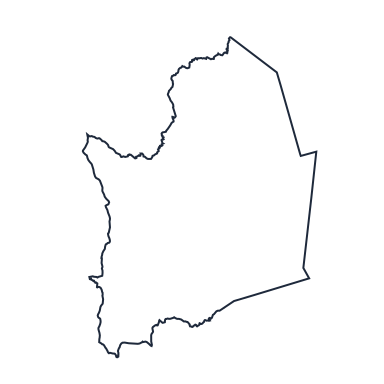 Machinga, Machinga, Malawi, rotated 344°
{"feature_id": "42251766B63150381936487", "entity_name": "Machinga", "entity_type": "district", "adm_level": 2, "iso_a3": "MWI", "parent_name": "Malawi", "parent_adm1": "Machinga", "projection": "robinson", "projection_center": [35.39, -14.905], "detail": "fine", "context": "isolated", "style": "outline", "palette": "slate", "viewbox_px": 384, "rotation_deg": 344, "n_neighbors": 0, "source": "geoboundaries", "source_scale": "gbopen_adm2", "svg_char_len": 5923}
<svg xmlns="http://www.w3.org/2000/svg" viewBox="0 0 384 384"><g transform="rotate(344 192 192)"><path d="M61.4,310.8L63.1,312.6L63.7,313.6L64.3,313.8L65.2,315.1L65.9,318.0L66.4,318.8L66.5,319.9L66.9,321.0L67.0,322.5L67.5,323.9L67.7,324.1L68.2,323.9L68.9,324.0L71.3,325.4L73.0,326.0L73.4,326.5L73.9,328.0L73.8,329.5L74.0,329.9L74.2,330.1L74.9,330.3L75.3,330.1L75.6,329.4L75.9,329.5L76.1,328.4L76.4,328.3L76.6,327.2L76.9,326.6L77.0,324.4L77.2,324.1L78.7,322.0L79.6,321.4L79.8,320.9L80.9,319.3L82.2,318.2L83.6,317.7L85.8,318.2L89.6,320.0L98.1,323.0L99.9,323.2L102.3,322.7L103.0,322.4L103.0,322.7L106.1,323.0L107.1,323.7L108.7,326.0L110.0,328.3L110.7,328.9L111.3,328.0L111.6,324.4L113.3,318.4L113.9,317.4L115.7,316.0L116.1,315.4L116.3,312.4L116.6,311.6L117.1,311.1L119.6,310.1L121.1,309.9L121.4,310.0L121.7,310.7L122.3,310.7L124.4,307.9L125.0,306.6L125.4,306.2L127.6,309.6L128.0,309.7L130.0,309.7L130.8,307.6L131.2,307.1L131.8,306.8L132.4,307.0L133.7,306.9L134.9,307.6L136.2,307.9L139.7,307.8L140.3,307.5L141.3,308.7L142.8,309.9L144.4,310.3L146.5,311.6L148.5,314.2L150.1,314.6L150.9,315.3L151.8,315.7L152.4,316.6L152.6,317.4L153.3,318.7L153.0,319.5L153.1,320.6L154.1,321.0L154.8,321.7L155.1,321.8L155.5,321.8L156.7,321.0L157.3,321.0L158.6,320.4L159.2,320.8L159.5,322.2L159.7,322.5L160.0,322.6L161.2,322.0L161.8,322.0L162.7,321.5L162.9,320.4L163.1,320.2L163.4,320.4L163.5,321.1L164.9,321.5L165.9,321.2L167.0,320.4L167.7,320.2L168.3,319.2L168.9,318.7L169.5,318.8L170.5,319.7L171.5,319.8L172.9,320.5L173.7,320.5L173.2,319.1L173.3,318.3L174.0,317.9L174.3,317.9L174.7,319.0L175.0,319.1L175.5,318.5L176.5,318.4L178.2,315.9L179.5,315.5L182.6,313.4L184.2,313.2L185.8,313.7L202.3,308.4L223.2,308.2L280.8,307.3L278.1,295.7L305.1,230.5L322.6,187.5L306.5,187.3L306.4,185.6L306.6,114.1L306.5,100.4L271.9,54.1L271.3,53.7L269.8,54.6L269.9,56.4L268.8,57.2L268.6,57.5L268.4,58.3L267.3,59.3L267.0,59.9L266.8,61.5L266.2,62.5L266.2,63.5L265.7,64.1L265.2,63.8L264.8,63.8L264.5,64.5L264.6,64.9L265.5,65.3L265.5,65.7L265.3,66.0L264.5,66.6L264.4,66.9L264.6,67.2L264.1,67.8L264.2,68.1L263.9,68.3L263.0,67.2L262.4,67.4L262.0,67.3L261.9,67.0L261.5,67.0L260.5,67.5L259.8,68.3L258.8,68.9L257.3,68.2L256.7,67.4L255.7,67.0L255.4,66.3L255.0,66.9L254.7,66.7L253.8,67.3L252.4,67.5L250.5,68.3L250.2,68.6L249.7,70.1L249.4,70.1L248.1,69.5L246.8,69.6L243.7,66.6L243.0,66.7L242.3,67.9L240.3,66.6L238.9,66.6L237.8,65.7L235.4,65.4L234.7,65.0L234.1,65.2L233.5,66.0L233.2,65.8L233.0,64.7L232.4,64.3L231.5,64.8L230.8,64.9L230.3,65.8L230.0,65.9L229.3,65.7L229.1,65.1L228.4,65.2L228.0,66.6L227.7,66.9L226.0,66.6L225.7,66.8L225.0,67.6L224.8,69.2L223.7,71.6L221.9,71.8L221.3,71.6L220.4,71.0L219.1,69.3L218.1,69.1L217.4,68.3L216.8,68.9L215.7,69.5L215.0,69.4L213.4,70.1L212.7,70.9L212.1,72.3L211.5,73.2L210.9,73.6L209.2,73.8L208.7,74.8L207.7,75.1L206.9,74.6L206.5,74.6L205.7,75.1L204.7,75.1L203.5,77.0L203.3,77.7L203.6,79.1L204.0,79.7L204.0,80.1L203.5,82.5L203.6,82.9L202.2,85.6L200.9,86.2L200.2,87.0L197.7,88.5L197.0,89.8L196.1,90.8L195.6,91.8L196.4,95.6L196.6,98.2L197.5,100.4L198.0,102.7L197.6,105.0L197.1,105.3L197.1,105.7L197.3,114.6L196.6,115.3L195.7,115.8L194.2,114.4L193.9,114.3L193.7,115.3L194.0,117.9L193.7,119.2L192.3,119.6L191.3,120.1L189.5,121.9L186.1,124.7L184.0,126.1L183.7,126.8L182.8,126.9L180.1,126.6L179.2,127.1L178.8,127.6L178.9,128.3L178.6,129.0L178.7,129.7L179.2,130.2L178.8,130.7L178.9,131.1L179.7,131.7L179.0,132.4L178.9,132.8L179.2,133.5L178.9,133.6L177.9,133.2L177.0,133.7L177.1,137.0L177.6,137.5L175.9,137.8L175.4,138.7L175.9,139.2L175.6,139.3L174.6,139.3L174.0,139.0L173.9,139.8L173.6,140.0L172.7,139.8L172.4,140.1L172.6,141.1L171.1,141.6L171.3,143.4L169.4,144.3L169.1,145.3L166.8,145.7L165.3,146.4L164.3,146.3L164.0,146.4L163.4,147.5L161.8,148.9L158.8,148.1L157.6,147.1L156.5,145.2L155.2,144.5L155.4,143.6L155.4,142.8L154.8,141.4L154.3,141.1L153.6,141.3L153.1,140.9L152.7,142.3L152.3,142.9L151.3,142.7L151.0,142.1L149.1,142.8L148.0,142.7L147.7,142.9L147.8,144.0L147.2,144.1L146.5,143.9L143.5,139.4L143.3,139.2L142.3,139.2L142.0,138.6L140.7,138.9L140.2,140.0L139.2,140.0L137.5,139.9L135.8,138.8L134.8,139.0L133.8,138.9L133.5,138.7L133.2,136.9L132.8,135.9L129.7,133.4L129.1,131.3L128.0,129.1L124.6,126.2L124.3,125.5L124.3,123.8L123.7,122.4L122.0,119.7L121.1,119.0L119.8,118.4L119.4,117.2L118.0,115.0L117.4,114.6L116.1,114.6L115.5,114.4L114.3,113.5L113.5,112.2L111.7,111.3L111.2,110.7L110.6,110.5L109.5,110.5L108.8,110.2L107.2,107.8L106.9,111.3L105.9,113.4L105.8,114.6L105.3,115.6L101.6,119.7L98.6,122.1L98.3,122.8L98.6,124.3L99.9,126.6L100.9,127.7L101.0,128.4L100.9,130.6L101.2,132.8L102.1,135.1L103.0,136.9L103.3,137.9L103.4,143.2L103.0,146.5L103.1,150.4L103.7,152.1L105.8,154.1L106.6,155.7L107.2,162.4L107.1,163.4L106.3,165.5L106.1,166.7L106.8,170.2L106.8,172.4L107.7,174.9L109.4,177.9L109.5,179.1L108.2,180.8L106.0,181.1L105.1,181.5L105.1,183.0L105.7,186.0L105.6,188.8L106.0,192.7L105.9,194.7L105.4,196.1L104.6,197.5L103.4,203.4L100.7,208.3L99.9,208.7L99.7,209.1L99.5,211.4L99.8,213.7L99.8,215.2L99.6,216.6L99.0,217.5L98.5,217.9L96.8,217.8L95.9,218.4L94.9,218.5L94.6,218.7L93.4,220.6L92.5,222.7L90.4,224.5L88.8,226.4L88.4,227.5L87.2,229.4L86.6,230.8L86.7,231.2L87.0,231.2L86.9,231.6L85.5,235.4L85.4,238.8L85.2,239.5L84.3,240.6L84.3,242.9L83.7,245.2L82.8,247.4L82.6,247.8L78.6,247.8L77.6,248.2L77.3,248.0L76.9,247.4L74.3,246.4L73.4,245.7L69.9,245.4L69.8,247.6L70.4,247.9L71.1,247.8L71.1,248.6L71.9,249.3L72.3,249.9L72.5,250.2L73.2,250.1L73.4,250.4L73.3,251.1L74.0,252.0L74.1,252.6L74.8,252.5L75.8,253.8L74.4,257.3L74.6,257.6L75.6,257.4L76.6,257.7L77.7,258.8L78.2,260.9L78.1,263.5L78.3,264.1L77.7,266.4L77.3,266.9L77.0,270.6L75.5,274.4L75.3,274.8L73.3,276.2L72.3,277.3L70.6,280.7L69.2,282.5L67.9,283.8L67.3,284.8L67.3,286.3L67.7,287.2L68.5,288.0L68.8,288.7L68.6,290.6L68.3,291.8L67.4,293.5L65.7,295.8L64.9,296.5L64.5,297.1L64.2,298.5L64.2,301.9L63.9,304.4L63.1,306.5L62.4,307.8L61.4,310.8Z" fill="none" stroke="#1e293b" stroke-width="2"/></g></svg>